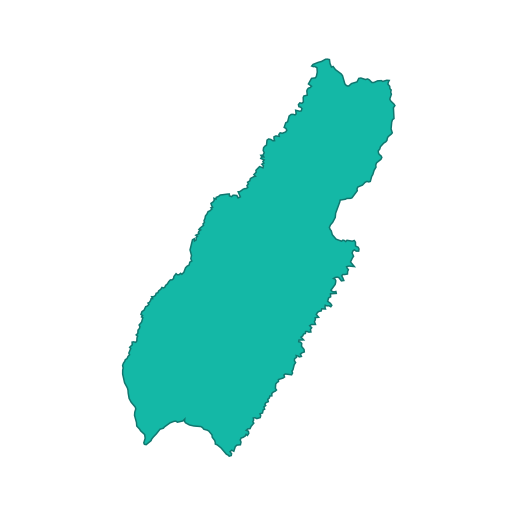 outline of Tiros, Minas Gerais, Brazil, rotated 12°
{"feature_id": "56859067B17885968557044", "entity_name": "Tiros", "entity_type": "district", "adm_level": 2, "iso_a3": "BRA", "parent_name": "Brazil", "parent_adm1": "Minas Gerais", "projection": "robinson", "projection_center": [-45.811, -18.837], "detail": "fine", "context": "isolated", "style": "filled", "palette": "teal", "viewbox_px": 512, "rotation_deg": 12, "n_neighbors": 0, "source": "geoboundaries", "source_scale": "gbopen_adm2", "svg_char_len": 6105}
<svg xmlns="http://www.w3.org/2000/svg" viewBox="0 0 512 512"><g transform="rotate(12 256 256)"><path d="M148.3,390.9L149.4,393.3L149.3,395.2L150.1,399.2L153.8,407.3L157.7,411.9L158.7,413.9L159.5,416.7L161.5,421.7L164.3,425.0L169.2,428.8L170.2,430.5L169.9,434.0L170.3,437.1L173.7,443.7L174.7,447.1L178.2,449.6L179.5,451.0L184.2,453.8L185.5,457.3L185.1,462.1L186.0,463.4L187.8,463.4L191.7,458.5L192.1,456.6L193.2,454.4L195.5,450.7L198.1,445.4L201.2,443.7L202.0,442.2L206.6,437.1L210.1,434.8L211.9,434.2L213.7,434.9L218.7,432.6L220.2,430.3L220.4,432.5L221.7,433.8L226.0,435.1L230.5,435.2L237.6,434.3L239.4,435.0L241.0,436.3L244.5,436.5L246.2,437.0L250.1,440.1L250.9,442.4L253.9,445.0L254.9,446.7L255.3,448.4L257.4,448.8L261.7,451.0L268.3,456.1L269.8,456.4L271.4,457.4L273.3,456.3L273.2,454.4L271.3,452.9L272.6,451.0L274.9,451.6L275.4,446.8L276.6,445.0L280.0,443.9L280.0,441.1L278.8,439.2L279.3,437.1L281.1,436.1L283.0,434.2L283.4,432.5L284.9,433.3L285.8,431.0L285.0,429.0L282.7,428.5L284.0,426.8L286.1,426.1L286.6,423.7L288.6,419.9L287.3,418.8L287.8,417.0L287.0,415.0L288.7,414.4L290.6,414.9L293.7,413.2L293.8,411.2L292.7,409.6L295.0,408.2L295.0,405.0L296.3,404.1L295.1,401.9L296.6,400.3L295.5,399.2L296.2,397.4L298.3,395.9L297.3,393.8L298.6,392.0L298.6,390.1L300.6,389.5L300.0,387.2L301.2,385.5L303.0,384.1L303.9,382.8L302.5,381.5L301.9,377.1L302.9,375.2L304.1,374.1L303.6,372.2L307.8,369.8L309.1,368.4L308.0,366.7L309.2,365.3L315.5,364.8L316.1,362.9L315.1,361.1L315.8,359.6L316.0,354.3L316.9,352.0L315.4,350.6L315.1,348.4L316.7,346.7L316.0,345.0L317.8,345.1L319.3,345.7L321.3,344.8L319.8,342.7L321.3,341.0L323.2,339.8L322.4,337.4L319.3,334.9L318.9,332.0L317.4,331.0L315.6,331.0L315.5,329.3L320.0,328.2L316.9,326.0L318.4,324.3L318.7,322.5L320.4,321.5L320.2,319.6L321.7,319.2L323.5,319.5L325.5,318.9L324.5,316.4L325.4,314.6L323.0,313.0L324.5,311.5L328.4,310.6L326.8,308.0L327.3,306.0L326.7,304.1L330.0,302.9L327.1,300.6L327.9,298.4L329.1,297.1L331.2,296.2L331.3,294.0L335.0,293.4L334.1,291.8L334.0,289.8L335.8,290.0L337.7,289.5L339.7,290.1L340.4,288.5L338.7,286.9L335.5,285.4L335.7,281.9L337.5,280.4L336.7,277.5L342.3,275.9L341.5,274.1L339.8,274.9L338.1,274.9L336.4,273.9L339.3,267.5L339.4,265.7L339.2,263.6L338.1,262.2L336.5,261.9L337.9,260.5L339.9,259.7L341.5,259.9L344.7,262.6L347.0,261.7L345.2,259.0L343.9,257.6L344.7,256.1L346.8,255.6L349.2,254.6L348.8,252.1L349.2,250.1L347.8,249.1L346.8,247.6L349.0,246.5L354.4,245.9L349.7,242.2L350.7,237.9L351.5,236.0L349.4,233.1L349.7,231.0L350.9,229.5L353.0,230.4L355.4,229.9L355.3,227.8L354.2,226.3L351.3,225.5L350.4,221.8L348.9,220.4L347.1,221.5L341.7,221.7L340.8,223.2L339.2,222.5L337.7,222.4L336.6,223.7L330.9,222.9L326.2,219.3L324.4,215.8L323.0,214.6L321.8,212.8L322.4,210.0L324.0,207.1L325.5,201.8L325.0,197.6L326.7,185.8L326.7,183.8L331.6,181.9L332.9,180.8L336.6,179.9L337.8,179.1L341.5,171.1L340.8,169.3L341.3,167.3L345.4,164.5L347.4,161.2L349.0,160.0L350.9,160.1L352.3,159.3L352.6,154.1L353.3,152.1L353.7,147.6L354.9,144.2L354.2,142.0L354.6,139.7L358.1,135.5L358.6,133.4L357.3,131.9L355.5,131.1L354.4,129.8L353.7,127.8L354.8,125.7L355.0,123.2L357.4,119.1L359.2,117.3L360.0,115.8L360.0,113.3L360.5,111.7L363.0,108.6L363.7,107.2L361.7,103.6L360.9,96.7L361.2,94.2L362.4,92.9L359.6,82.4L360.6,80.0L359.3,78.7L355.6,76.4L354.2,74.7L354.8,69.6L353.7,67.8L353.7,65.5L352.2,64.5L351.5,62.2L349.3,60.5L349.3,58.3L349.8,56.6L347.4,56.9L343.7,58.9L342.1,58.4L338.5,59.4L335.2,61.8L333.3,62.2L330.3,60.2L328.4,59.6L326.4,60.6L321.6,60.1L319.6,60.9L318.6,64.7L313.5,67.5L311.4,70.4L309.9,70.7L308.5,70.2L307.1,69.1L303.1,61.6L301.5,60.2L295.0,57.2L292.0,54.6L290.5,55.5L288.3,52.2L287.0,48.6L284.9,48.6L283.1,49.1L279.6,52.1L276.5,53.7L272.0,56.7L271.0,58.6L272.7,58.9L274.1,58.4L276.5,59.2L277.7,63.4L277.7,67.8L277.0,69.4L273.4,70.7L271.5,76.8L275.0,78.4L274.0,80.0L272.4,80.9L271.6,82.4L271.4,84.0L272.7,88.0L269.5,89.6L269.2,91.2L270.3,95.5L269.1,97.1L267.0,97.1L266.0,99.1L266.9,101.0L268.8,101.2L270.3,102.3L270.1,104.6L268.8,105.3L264.5,105.2L265.7,108.5L264.8,109.9L262.9,109.7L261.0,110.2L259.3,112.2L259.0,118.2L257.4,119.5L256.8,124.4L258.7,124.9L260.0,126.6L259.2,128.5L256.2,130.5L254.0,130.5L253.1,132.4L253.9,134.2L250.5,134.4L248.8,135.7L249.3,137.8L250.2,139.3L248.7,139.8L246.3,138.9L244.0,138.9L242.7,140.4L243.2,145.4L241.7,146.9L240.9,148.6L241.1,151.3L242.6,153.3L241.8,155.9L243.1,157.5L241.1,157.8L240.4,159.6L244.0,160.3L243.1,162.2L244.4,163.5L242.6,165.0L244.5,166.2L244.5,168.3L240.9,167.8L238.1,172.2L238.8,174.0L237.0,176.8L238.9,178.1L237.2,179.0L234.4,181.4L234.3,183.8L232.4,185.6L233.6,187.1L232.5,189.0L233.7,190.7L232.3,192.1L230.8,192.5L229.4,193.5L226.9,196.3L225.2,196.9L228.4,201.4L226.4,202.9L224.7,200.8L222.5,201.0L220.9,201.3L219.8,203.0L217.5,202.7L217.0,200.9L215.4,201.3L208.3,203.8L207.0,205.5L204.9,206.9L205.0,208.7L202.9,208.3L203.6,210.3L202.6,212.2L201.0,213.9L202.0,215.7L203.4,217.3L201.9,218.2L203.1,219.2L201.5,221.4L199.9,222.5L199.3,225.1L198.2,227.4L198.3,230.0L197.8,232.2L198.6,233.9L197.5,235.6L198.3,236.9L195.7,240.1L194.7,241.8L196.4,242.1L195.3,243.3L194.7,244.8L195.6,246.0L192.8,248.2L194.6,249.0L193.6,250.4L194.1,252.7L192.7,254.1L192.0,252.0L190.5,253.3L190.2,263.7L192.8,268.9L192.8,272.1L194.2,274.3L192.5,275.8L192.5,278.7L190.7,280.3L189.5,282.2L188.8,287.0L187.2,289.3L185.9,288.6L184.6,290.3L182.9,290.7L181.5,289.9L180.0,293.0L180.0,295.3L178.8,296.8L177.2,297.2L175.9,299.4L175.1,301.8L173.7,303.5L173.3,305.5L172.1,306.5L170.5,306.3L169.8,308.3L168.0,310.4L167.7,312.3L166.1,313.2L165.8,315.6L164.1,317.2L162.4,317.5L163.7,319.2L162.3,319.6L162.1,321.7L161.3,323.6L160.1,324.5L161.3,325.6L160.2,327.5L158.6,328.5L157.8,332.2L156.0,334.1L155.6,337.1L157.4,337.8L156.7,339.4L158.1,339.8L157.8,344.5L156.0,347.8L157.1,349.2L157.1,351.0L156.0,353.0L156.5,356.3L155.2,358.1L156.9,359.0L156.6,360.8L157.1,363.8L156.3,365.5L154.2,365.4L152.7,366.0L153.4,368.6L151.4,371.6L152.7,372.5L151.8,377.4L152.9,378.9L151.7,380.8L151.2,383.2L149.7,384.6L149.5,386.3L148.6,388.5L148.3,390.9ZM241.8,155.9L239.8,156.5L241.1,157.8L241.8,155.9Z" fill="#14b8a6" stroke="#0f766e" stroke-width="1.5"/></g></svg>